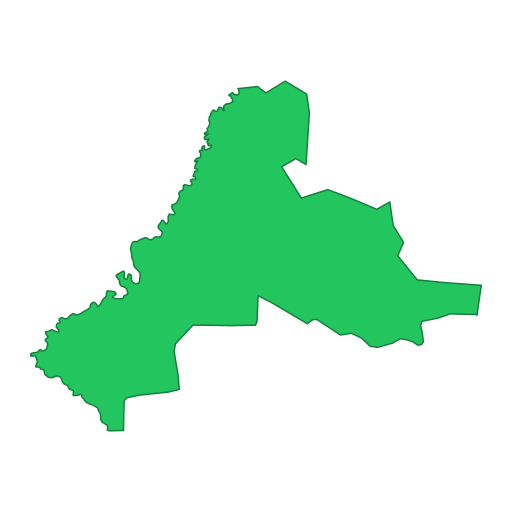 outline of Ani, Shirak, Armenia
{"feature_id": "60910142B64012193022173", "entity_name": "Ani", "entity_type": "district", "adm_level": 2, "iso_a3": "ARM", "parent_name": "Armenia", "parent_adm1": "Shirak", "projection": "equal_earth", "projection_center": [43.671, 40.552], "detail": "fine", "context": "isolated", "style": "filled", "palette": "green", "viewbox_px": 512, "rotation_deg": 0, "n_neighbors": 0, "source": "geoboundaries", "source_scale": "gbopen_adm2", "svg_char_len": 5898}
<svg xmlns="http://www.w3.org/2000/svg" viewBox="0 0 512 512"><path d="M238.1,88.6L238.8,90.3L239.0,91.8L239.0,93.5L238.1,94.6L235.8,94.8L234.3,94.6L233.5,93.5L232.8,93.0L232.3,92.7L228.8,95.1L229.3,95.8L230.7,95.9L231.0,95.9L231.2,96.7L231.2,97.9L232.3,98.6L232.4,99.1L232.5,100.2L232.8,101.4L231.0,102.7L230.9,102.8L228.8,103.7L226.3,103.9L224.9,104.9L223.7,106.1L223.7,108.8L223.6,109.1L224.0,110.4L223.3,110.6L222.6,109.4L222.3,108.9L221.5,107.7L220.3,107.3L219.0,107.4L218.6,108.2L217.9,109.3L217.7,110.0L217.6,110.4L217.4,111.2L216.0,111.5L215.0,111.0L214.0,110.1L212.8,110.3L212.4,110.9L211.8,112.1L210.8,113.7L210.8,114.5L210.2,115.8L209.3,117.2L209.1,119.2L208.8,120.4L209.6,122.1L209.7,123.1L209.7,124.0L209.2,125.1L208.6,126.8L207.0,128.8L207.2,129.7L207.7,130.8L207.6,131.7L206.8,132.0L205.5,132.3L204.6,133.0L204.6,134.2L205.5,134.3L207.8,134.2L207.0,135.2L204.9,136.2L204.3,137.6L204.7,139.3L205.8,139.7L207.1,139.5L208.5,138.9L208.3,139.5L207.9,140.7L207.0,142.1L207.6,143.4L208.7,143.6L207.9,144.8L208.5,145.6L210.0,145.7L211.4,145.2L211.3,147.0L210.0,148.3L208.3,148.7L206.8,149.8L205.0,149.8L204.6,149.3L204.4,149.1L204.7,146.4L204.3,145.8L202.7,146.3L201.8,147.9L201.8,148.8L202.5,150.1L201.9,150.4L200.4,150.3L199.5,150.8L199.6,152.0L200.7,153.5L200.7,154.3L200.6,155.3L200.6,155.5L200.4,156.9L199.7,157.7L196.6,158.4L195.5,159.7L194.6,160.8L195.1,161.8L196.4,161.4L197.4,161.1L196.8,162.5L195.9,163.9L195.1,166.0L194.7,168.3L195.7,168.8L197.1,169.1L197.5,170.4L197.0,171.2L194.8,171.2L194.5,172.3L193.8,174.5L193.1,175.8L193.3,176.5L195.4,176.9L195.5,178.2L195.1,179.5L194.2,179.3L192.8,179.1L190.7,180.0L190.4,180.3L190.4,181.0L191.5,182.4L191.9,183.3L191.7,184.7L190.2,185.7L189.0,185.8L187.8,185.5L185.9,184.8L184.5,184.7L183.0,186.1L183.5,187.7L183.6,187.9L183.1,189.6L181.4,190.6L180.8,190.9L180.1,191.3L178.8,193.1L179.2,194.5L179.5,196.5L178.9,198.3L178.1,200.4L176.4,202.9L174.6,204.0L171.9,204.9L171.9,207.8L172.7,209.7L173.6,211.1L174.4,212.0L175.1,213.4L173.7,214.7L172.1,214.6L171.6,214.4L170.7,214.2L169.2,214.3L168.4,215.8L168.1,216.8L168.1,218.8L168.3,221.2L167.3,223.7L165.8,224.0L164.7,222.2L162.9,220.3L161.6,220.6L161.0,222.1L159.5,224.0L158.4,225.9L158.1,227.2L159.1,229.0L160.9,230.5L162.3,232.3L161.9,234.7L160.5,236.8L157.9,237.0L155.6,236.8L154.1,237.6L152.7,239.2L150.5,239.8L150.2,239.7L148.8,239.3L146.7,237.9L144.9,237.7L143.2,238.5L141.8,238.9L139.7,239.8L137.8,241.3L136.2,241.9L135.4,241.5L134.4,241.5L132.7,242.2L131.6,244.2L131.0,246.6L130.6,248.7L130.6,250.0L131.5,252.9L131.6,255.4L132.1,258.5L133.4,261.6L133.7,264.9L134.6,267.0L136.5,269.0L138.6,271.2L139.6,272.5L140.2,273.4L139.9,277.2L139.7,280.5L138.8,282.9L137.1,283.5L136.3,283.8L133.9,283.2L131.9,281.3L131.3,279.4L131.4,276.1L131.0,274.8L129.0,273.9L128.1,274.7L127.7,276.4L127.3,278.6L127.3,278.8L125.9,279.2L124.6,278.6L124.3,277.3L124.3,277.2L124.2,274.6L124.4,272.3L124.2,271.9L123.8,271.2L123.0,271.4L122.6,271.4L119.8,273.1L116.8,274.6L116.1,275.8L116.8,277.1L118.0,278.6L118.2,278.8L119.5,280.7L119.4,282.1L120.1,284.5L121.1,286.0L123.2,286.7L125.3,287.6L126.4,288.9L127.3,290.8L127.7,294.0L126.3,294.8L124.2,295.7L123.3,297.9L122.5,298.9L121.2,298.7L120.5,298.6L118.5,298.8L116.0,298.9L114.5,298.4L114.0,298.3L112.6,297.1L112.8,296.3L114.2,295.8L115.8,294.5L116.0,294.3L115.4,292.4L113.7,291.5L111.6,291.3L110.3,291.1L108.5,290.9L107.0,291.1L106.4,293.1L106.4,295.6L105.4,297.5L103.7,298.5L102.2,300.6L100.8,303.2L100.0,304.7L99.1,306.0L97.8,306.5L97.2,305.7L96.7,304.4L94.9,302.7L93.4,302.2L92.2,302.8L90.8,304.3L90.4,305.9L90.2,306.8L90.0,307.6L88.2,309.2L87.6,309.5L86.7,310.0L83.4,311.7L80.3,313.8L80.1,313.8L76.6,315.2L75.7,314.7L75.3,314.4L73.5,313.5L72.4,313.8L69.7,315.9L68.3,317.7L66.8,318.9L64.2,318.5L61.8,317.6L60.3,318.1L59.2,319.2L59.1,320.4L60.3,321.9L59.7,323.0L58.0,323.2L56.9,324.0L56.3,325.7L56.4,327.5L57.2,328.2L57.8,328.7L58.8,330.5L58.8,331.6L57.9,332.0L56.3,331.8L54.7,331.1L53.1,330.2L52.4,329.8L51.6,329.6L49.7,330.9L48.0,331.5L45.8,331.6L45.6,332.8L46.1,334.4L47.4,336.1L47.7,337.4L46.6,338.6L45.3,339.5L45.4,340.8L46.0,341.4L46.6,342.0L47.5,343.2L47.5,345.2L46.4,349.0L44.0,350.7L42.3,351.3L41.0,349.8L40.4,349.6L39.3,350.0L38.5,351.2L37.7,352.1L36.6,352.3L35.8,352.5L34.3,352.7L31.7,353.2L30.7,354.1L30.7,355.8L31.7,356.3L33.4,355.8L35.3,356.1L35.3,356.3L35.9,357.2L36.9,359.6L37.4,361.4L37.0,362.9L36.8,363.6L35.8,365.7L35.8,366.8L36.4,367.0L36.6,367.0L38.3,367.0L39.6,367.6L40.8,369.1L42.7,369.5L44.0,370.4L44.4,371.6L44.4,373.3L45.0,374.6L46.2,375.5L47.8,377.0L49.4,377.4L51.9,377.8L53.1,377.4L54.9,376.6L56.9,375.9L58.6,376.5L60.6,377.1L61.4,379.0L62.5,381.9L63.9,383.9L66.0,384.7L67.6,385.5L68.3,387.1L69.1,388.7L69.3,389.2L69.9,389.4L70.9,389.7L72.8,390.4L73.4,391.5L73.4,393.3L73.2,393.8L73.0,394.8L73.4,395.6L74.5,395.5L75.0,395.5L77.1,395.4L79.4,394.9L80.8,394.2L81.6,394.9L81.8,396.7L82.3,397.7L83.8,398.8L84.5,400.1L85.5,401.8L87.4,402.9L89.7,404.0L92.7,405.0L95.0,406.2L97.5,407.9L98.1,409.3L98.8,411.1L100.3,413.9L100.7,416.2L100.7,419.8L101.5,420.8L102.3,422.2L104.1,423.3L105.8,424.5L107.3,425.2L107.5,426.1L107.6,427.2L107.6,428.7L107.2,429.9L109.4,430.8L123.5,430.5L123.8,413.7L124.1,401.0L126.6,397.9L139.7,395.1L168.1,392.1L179.3,389.4L178.0,374.7L174.1,351.3L175.5,343.7L193.0,325.1L231.1,325.6L255.5,325.2L257.0,321.6L258.1,295.7L272.5,303.1L307.3,323.7L312.8,319.6L316.9,319.5L340.5,335.0L351.6,333.3L361.9,338.3L370.1,346.3L377.7,347.3L392.9,343.0L400.0,338.8L405.0,339.3L412.7,341.7L417.8,345.2L421.4,344.7L423.4,341.6L422.2,332.5L420.6,325.4L422.1,321.3L438.3,318.0L450.4,313.8L461.6,314.2L476.8,314.5L476.9,315.7L481.3,285.3L444.7,282.6L417.3,279.9L397.7,255.8L403.6,242.5L393.2,225.4L389.8,202.0L376.7,209.3L351.2,198.5L327.7,189.6L301.4,198.1L281.7,166.9L295.8,158.6L306.0,164.5L309.4,112.7L306.6,94.0L285.2,81.2L265.8,92.9L257.5,86.5L251.4,87.2L238.1,88.6Z" fill="#22c55e" stroke="#15803d" stroke-width="1.5"/></svg>